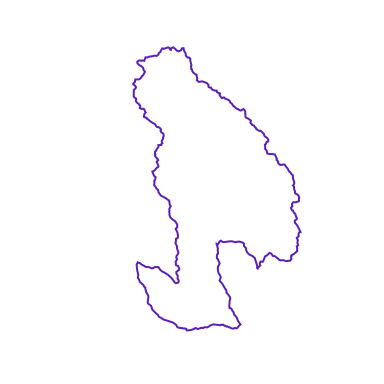 outline of Huari, Áncash, Peru, rotated 149°
{"feature_id": "86281439B67928144642776", "entity_name": "Huari", "entity_type": "district", "adm_level": 2, "iso_a3": "PER", "parent_name": "Peru", "parent_adm1": "Áncash", "projection": "natural_earth1", "projection_center": [-77.04, -9.456], "detail": "fine", "context": "isolated", "style": "outline", "palette": "violet", "viewbox_px": 384, "rotation_deg": 149, "n_neighbors": 0, "source": "geoboundaries", "source_scale": "gbopen_adm2", "svg_char_len": 6053}
<svg xmlns="http://www.w3.org/2000/svg" viewBox="0 0 384 384"><g transform="rotate(149 192 192)"><path d="M147.1,84.4L143.3,82.6L141.6,83.2L141.1,83.8L140.8,85.2L139.8,85.7L139.6,86.5L136.4,86.4L132.2,87.2L132.1,87.8L130.8,89.5L130.2,91.5L128.5,91.6L127.9,94.0L126.7,95.6L126.1,96.0L125.9,98.7L123.4,99.1L122.6,100.7L120.8,102.2L119.6,101.8L119.0,108.4L119.2,111.0L119.6,112.1L119.4,112.9L118.9,114.2L118.1,114.6L116.2,114.7L115.4,116.2L115.5,117.2L114.8,119.9L114.9,120.8L115.3,121.4L115.0,124.0L115.7,124.8L115.4,127.4L113.1,128.2L112.8,129.7L112.3,130.4L110.3,131.1L108.3,129.7L105.3,129.1L104.8,129.4L103.7,131.4L103.0,131.9L102.6,133.7L102.7,135.1L104.2,137.6L104.1,138.2L103.4,139.3L103.1,141.6L101.7,144.1L102.1,145.5L100.3,146.4L99.5,147.3L98.9,149.3L98.6,151.3L96.9,154.5L97.6,156.1L97.6,158.5L98.2,159.5L97.9,162.8L98.4,165.5L98.4,167.7L99.7,168.7L100.9,168.9L101.5,169.5L102.5,169.8L103.1,171.7L103.2,172.7L102.6,173.4L102.6,174.9L103.0,176.0L102.2,176.6L101.6,181.5L104.1,183.5L106.1,184.6L107.6,186.3L106.7,189.2L107.1,191.4L105.9,193.1L105.1,195.1L104.0,195.1L102.3,196.5L100.6,196.0L99.6,197.8L99.7,199.5L100.8,201.9L101.0,203.1L100.5,204.7L101.4,208.4L101.8,209.3L102.9,209.8L103.4,210.5L104.0,211.8L104.5,213.3L104.2,214.2L104.7,215.1L104.7,217.0L105.8,218.3L105.8,219.5L106.3,220.8L106.1,221.6L104.8,222.6L104.9,223.3L105.9,225.7L107.5,228.0L107.4,228.9L104.7,234.1L105.2,236.7L108.1,236.6L109.1,237.5L109.6,239.1L110.3,239.6L111.3,241.6L111.6,243.4L112.2,244.1L112.4,247.5L113.1,248.8L112.8,250.8L113.0,251.4L113.5,252.5L115.4,254.8L115.9,256.7L117.9,257.0L118.2,257.7L118.5,261.0L117.2,262.0L118.6,263.6L119.1,264.7L118.6,266.2L120.2,267.2L121.3,268.4L122.0,269.6L122.0,271.7L122.6,272.0L123.7,273.3L123.4,274.3L122.7,275.3L123.2,277.7L126.1,281.5L129.5,282.9L130.3,285.4L129.0,286.5L128.4,288.8L127.7,290.0L127.9,290.6L128.5,291.1L129.5,294.1L129.4,295.7L128.9,297.0L129.4,297.9L128.6,298.8L128.1,300.4L127.2,300.9L125.8,305.6L124.8,307.2L125.4,309.0L126.6,309.6L127.0,311.6L126.9,312.5L126.1,313.9L126.0,317.4L125.2,319.7L126.6,320.3L128.2,319.2L131.0,319.4L132.3,321.1L132.6,323.3L133.7,325.7L134.3,325.9L136.0,325.9L136.9,324.7L137.4,325.2L137.3,327.3L138.1,328.3L142.5,329.3L143.0,330.1L143.6,330.4L145.8,329.3L147.0,328.3L148.9,328.2L150.2,327.0L151.9,326.8L152.5,327.0L154.1,328.4L155.7,328.6L159.0,330.1L161.3,330.4L162.4,331.4L165.4,329.0L167.0,330.5L167.7,330.5L169.3,331.9L170.9,332.0L171.8,331.8L172.5,330.3L171.7,327.5L170.8,326.5L169.9,323.6L170.7,321.6L170.3,319.8L170.5,319.2L174.0,317.2L175.6,317.1L175.9,316.5L177.7,315.9L179.6,315.9L182.7,317.7L184.1,315.8L186.5,315.2L186.9,314.4L186.1,312.9L186.0,310.7L187.0,309.9L189.3,309.4L192.8,303.9L192.6,302.7L191.8,300.7L193.3,298.9L193.3,298.3L193.1,296.8L192.2,294.8L192.4,293.7L191.9,292.9L192.5,291.6L193.5,291.0L192.6,289.3L190.9,288.4L190.3,287.5L190.8,285.5L190.7,284.0L192.6,283.4L194.5,281.4L194.0,280.3L193.1,279.6L193.0,278.9L192.7,278.6L192.7,277.4L192.1,276.8L192.0,275.7L191.1,273.4L188.7,269.0L188.8,267.0L188.5,265.7L187.3,264.9L186.7,263.9L186.3,261.5L187.3,260.8L187.7,259.9L187.5,258.8L186.7,257.3L186.7,256.1L187.4,254.6L188.9,253.5L189.4,252.6L191.5,251.4L192.1,250.6L192.3,249.0L193.4,249.0L194.1,248.2L196.7,249.5L197.5,247.9L200.4,246.8L201.8,245.7L202.9,245.6L203.8,244.2L203.9,243.1L205.0,242.5L205.1,241.6L204.5,236.8L206.8,236.0L207.3,231.6L208.2,230.8L209.3,231.0L213.0,229.8L215.5,229.9L216.2,225.3L215.5,223.5L217.4,221.4L218.6,221.0L219.4,219.2L220.8,217.6L221.0,216.9L220.5,215.4L220.8,213.6L220.1,211.6L220.2,210.6L220.8,209.4L220.6,205.0L217.9,200.6L216.0,196.2L217.4,193.2L217.7,192.0L217.5,190.8L220.1,189.3L221.0,187.5L221.7,187.0L222.3,185.0L223.1,184.2L223.6,181.1L222.9,178.7L221.5,175.7L221.4,172.2L221.7,171.1L223.1,169.1L224.5,169.0L225.1,168.6L225.2,165.3L226.9,160.9L228.3,159.9L229.7,160.2L230.0,160.0L231.1,158.1L232.5,156.8L232.8,153.2L233.6,152.0L234.2,150.1L234.7,147.2L236.0,146.1L238.4,145.0L239.3,143.7L239.5,141.9L242.0,140.6L242.6,138.9L243.3,138.1L243.3,137.3L242.0,135.6L242.5,132.7L243.1,131.9L246.6,131.6L247.5,129.8L247.3,127.5L249.0,125.2L248.9,123.2L249.6,122.0L250.6,121.4L252.7,122.2L253.3,123.0L253.8,128.6L255.0,132.8L256.9,136.8L258.4,139.0L259.2,141.2L259.5,144.9L262.5,146.8L264.8,146.8L265.9,147.3L267.5,149.7L270.5,151.9L271.3,153.9L272.2,154.9L273.4,158.1L274.2,158.7L274.8,159.7L277.0,158.1L279.3,153.0L280.8,148.5L282.6,146.5L282.5,144.4L283.0,141.5L282.3,139.9L282.1,138.6L281.5,137.5L281.9,135.7L281.2,134.3L282.1,132.5L282.2,131.2L282.8,130.1L282.8,125.9L283.7,124.1L287.0,120.0L287.1,119.0L285.7,115.7L286.6,111.4L285.1,105.7L284.5,104.6L284.6,102.1L282.8,99.1L282.5,97.9L275.8,90.2L274.4,87.4L274.0,85.9L274.2,84.2L273.9,83.2L271.7,81.1L270.7,80.6L269.4,79.1L268.6,78.9L268.0,78.3L267.4,77.6L267.8,76.7L267.5,75.8L264.1,74.3L261.6,73.7L259.0,73.6L257.6,71.5L253.9,70.8L252.5,69.6L251.0,69.7L248.6,68.1L246.1,68.0L245.5,68.3L241.8,67.5L236.2,63.1L235.3,63.2L234.6,62.5L233.7,62.3L233.0,60.6L232.1,59.7L231.6,58.7L230.9,58.5L227.8,54.1L226.8,53.6L225.5,53.4L223.5,52.0L220.6,53.1L218.7,53.4L219.0,57.4L218.3,61.5L218.7,64.1L219.1,65.0L218.3,67.7L218.6,69.4L218.3,70.8L218.6,72.2L219.6,73.2L219.0,74.7L215.5,79.6L214.3,80.6L213.6,82.1L213.7,84.9L214.3,88.0L213.7,88.7L213.6,89.6L213.1,90.6L213.4,91.9L213.3,97.9L214.1,101.7L211.2,104.2L210.9,106.1L211.0,108.8L209.9,112.0L208.3,114.6L206.6,115.4L205.1,116.6L204.4,121.5L204.8,122.4L203.5,124.6L202.6,125.6L201.5,125.7L200.4,127.7L200.1,128.8L198.9,130.0L198.6,131.7L197.9,133.0L198.1,133.9L197.6,134.9L197.0,134.0L196.5,133.9L193.8,135.4L192.4,135.5L191.7,133.8L190.5,132.6L184.4,130.0L182.3,128.4L181.0,126.8L177.2,125.3L174.5,122.4L174.0,120.8L175.0,119.5L175.3,118.7L174.6,116.1L175.6,113.9L175.7,111.4L175.1,108.8L173.3,106.3L172.2,103.1L174.2,94.9L175.3,93.5L175.1,92.6L174.1,93.3L171.4,93.7L170.6,96.0L169.3,96.9L168.8,97.0L167.8,96.0L166.9,95.8L162.8,99.0L161.9,99.3L160.7,99.0L157.0,99.9L155.8,98.4L155.5,95.4L154.1,94.4L152.5,90.4L152.3,89.1L151.0,87.6L148.9,86.6L147.1,84.4Z" fill="none" stroke="#5b21b6" stroke-width="2"/></g></svg>